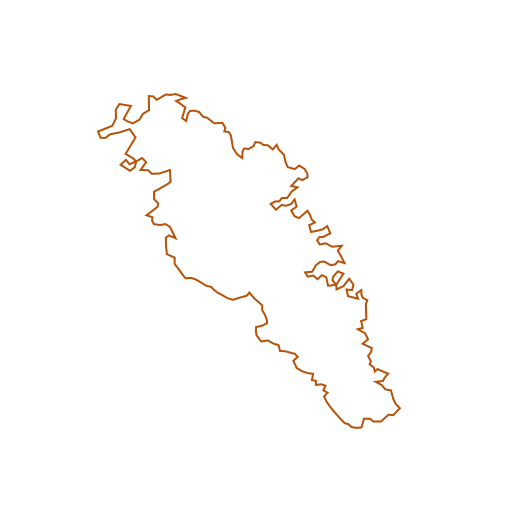 Victor Graeff, Rio Grande do Sul, Brazil, rotated 117°
{"feature_id": "56859067B40903979142866", "entity_name": "Victor Graeff", "entity_type": "district", "adm_level": 2, "iso_a3": "BRA", "parent_name": "Brazil", "parent_adm1": "Rio Grande do Sul", "projection": "mercator", "projection_center": [-52.689, -28.548], "detail": "fine", "context": "isolated", "style": "outline", "palette": "amber", "viewbox_px": 512, "rotation_deg": 117, "n_neighbors": 0, "source": "geoboundaries", "source_scale": "gbopen_adm2", "svg_char_len": 3324}
<svg xmlns="http://www.w3.org/2000/svg" viewBox="0 0 512 512"><g transform="rotate(117 256 256)"><path d="M320.8,69.0L314.5,74.7L316.1,80.2L313.9,85.4L313.7,92.1L309.7,86.1L306.1,86.1L300.8,84.8L301.3,90.2L301.5,96.4L305.0,97.7L301.8,100.5L301.0,105.6L297.6,105.9L294.2,110.7L289.4,109.9L285.5,111.0L285.8,121.2L279.4,118.3L275.4,123.7L275.0,132.0L271.6,128.3L266.2,132.8L262.2,129.0L249.0,136.3L244.9,136.7L244.9,141.4L242.7,144.4L238.6,146.7L244.1,149.5L247.7,145.7L250.0,155.8L244.7,160.1L242.8,154.9L237.3,156.2L233.9,162.6L243.0,164.3L249.2,169.1L245.2,171.4L249.8,178.3L243.2,183.6L243.0,188.5L248.8,190.7L247.4,196.0L250.9,200.6L248.3,204.8L244.5,198.8L237.0,198.4L232.3,196.3L230.0,192.9L230.3,185.3L227.4,181.5L223.4,180.6L222.1,173.9L217.4,180.4L214.3,185.5L208.0,184.3L213.2,192.4L213.0,199.7L216.8,204.4L214.3,208.7L210.5,208.2L208.5,204.8L202.1,200.1L197.0,206.1L201.9,208.7L205.7,212.9L209.6,217.9L204.4,222.6L199.4,218.8L198.2,223.0L194.5,227.0L192.3,230.7L202.7,234.9L203.1,239.7L199.4,245.3L193.5,242.2L188.1,247.3L193.8,248.3L197.8,252.3L198.6,256.1L205.7,259.3L202.9,266.6L198.6,263.6L196.8,260.1L192.7,259.3L190.1,254.6L182.5,253.5L176.0,250.3L177.6,256.3L167.5,253.5L167.4,249.3L162.5,245.8L159.4,247.5L156.4,252.3L155.8,258.6L160.9,260.8L162.4,268.1L158.6,272.6L153.1,277.1L150.7,284.2L147.5,288.0L153.4,289.4L152.0,295.8L153.7,299.7L153.1,303.7L154.9,308.4L159.0,308.0L164.3,311.4L165.4,315.3L169.0,315.5L175.0,312.7L173.9,319.1L170.3,325.4L160.0,333.1L157.9,336.7L159.4,340.8L155.8,341.5L152.6,346.4L156.7,353.4L155.0,362.3L156.0,366.5L153.5,372.0L154.3,376.5L156.6,380.5L160.1,381.3L167.4,379.4L166.7,384.4L155.8,386.4L154.7,392.3L154.1,397.5L150.6,394.3L147.0,390.4L148.2,401.2L151.4,405.4L153.1,409.7L161.9,415.3L160.5,420.2L162.2,424.1L174.6,417.5L180.7,421.3L187.4,421.7L193.8,426.0L194.4,431.8L194.0,436.1L179.1,435.6L182.6,446.7L189.5,447.3L197.0,443.2L205.3,443.2L216.8,453.3L221.2,448.1L219.1,443.7L213.8,441.3L208.1,434.0L200.3,426.2L205.0,417.2L224.3,418.5L224.7,410.6L226.1,405.7L220.4,402.0L222.3,396.4L231.7,397.9L228.5,390.8L230.1,386.1L226.2,379.4L218.5,371.7L228.5,365.9L231.7,367.2L245.1,376.0L251.6,372.6L253.5,367.0L256.9,366.1L269.4,372.0L268.4,365.9L271.8,364.6L273.9,361.4L271.8,355.2L268.7,351.3L269.0,346.1L276.7,335.7L277.2,343.0L280.6,344.7L286.9,341.3L294.8,336.3L294.4,327.7L299.9,325.0L303.7,317.2L306.3,312.3L307.8,308.7L305.0,303.9L304.2,298.3L304.6,292.7L305.1,286.5L303.9,282.0L305.4,277.5L306.1,273.7L306.1,269.6L306.5,262.1L305.5,256.7L299.3,250.3L295.5,246.2L291.6,245.3L294.6,238.2L297.1,228.0L301.5,225.9L304.0,221.8L307.6,217.7L310.8,215.6L315.3,218.9L319.3,223.7L323.3,221.8L326.3,219.6L329.8,212.5L325.9,207.2L326.1,200.1L325.1,195.6L329.7,191.5L327.6,186.6L325.5,176.8L326.9,173.1L332.5,175.1L337.4,168.7L337.7,162.1L336.8,156.6L335.1,151.6L341.2,149.8L340.0,146.1L343.6,144.0L340.7,139.7L340.0,135.2L345.1,135.0L345.3,130.2L350.2,131.6L353.7,127.1L357.5,119.8L360.6,112.3L362.5,107.4L364.7,101.1L363.9,97.3L365.0,93.4L363.9,89.2L360.9,84.2L351.9,85.9L349.3,80.6L350.2,76.2L346.8,69.6L337.2,65.8L335.5,61.5L326.3,58.7L324.5,64.3L320.8,69.0ZM226.1,405.7L231.7,410.4L229.4,415.5L236.2,418.1L237.3,406.9L231.9,404.3L226.1,405.7ZM245.2,171.4L232.0,170.1L232.6,176.1L239.1,177.8L242.8,177.0L245.2,171.4Z" fill="none" stroke="#b45309" stroke-width="2"/></g></svg>